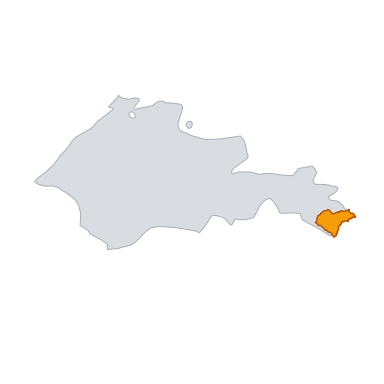 location of Meghri, Syunik, Armenia, rotated 323°
{"feature_id": "60910142B6096064570676", "entity_name": "Meghri", "entity_type": "district", "adm_level": 2, "iso_a3": "ARM", "parent_name": "Armenia", "parent_adm1": "Syunik", "projection": "mercator", "projection_center": [46.294, 38.98], "detail": "fine", "context": "in_parent", "style": "filled", "palette": "amber", "viewbox_px": 384, "rotation_deg": 323, "n_neighbors": 0, "source": "geoboundaries", "source_scale": "gbopen_adm2", "svg_char_len": 5984}
<svg xmlns="http://www.w3.org/2000/svg" viewBox="0 0 384 384"><g transform="rotate(323 192 192)"><path d="M173.5,229.0L170.9,224.7L157.7,210.8L145.5,200.1L137.1,195.6L128.7,196.1L115.6,198.2L110.7,197.3L99.3,192.7L89.8,187.1L91.1,184.8L93.1,183.1L90.7,175.9L85.4,164.2L86.0,160.5L84.3,155.5L82.4,151.6L89.9,142.5L93.3,135.1L94.1,127.9L92.1,120.4L87.2,106.9L84.1,103.0L78.5,99.3L73.8,93.3L72.6,89.0L76.6,88.1L88.2,88.0L99.4,86.6L108.3,83.8L121.0,81.4L126.3,79.3L132.4,78.3L151.1,80.5L158.0,78.8L179.0,78.5L179.6,77.6L176.7,74.7L176.8,73.6L189.2,71.8L191.2,70.4L192.8,75.0L197.5,80.1L202.6,82.1L205.4,84.9L205.5,87.0L196.4,89.6L195.8,90.9L196.4,92.2L199.1,92.8L211.8,99.1L219.1,99.3L222.9,101.2L224.8,105.0L230.9,110.1L235.7,115.2L236.0,116.9L235.1,119.4L221.6,129.2L219.9,132.5L219.6,136.1L225.6,146.7L234.3,158.2L246.9,166.9L264.3,176.4L264.6,182.3L261.8,189.2L259.4,194.0L258.4,197.2L256.2,198.5L238.9,198.2L236.3,199.3L235.2,200.7L235.1,201.9L241.3,204.0L251.0,211.4L256.6,218.6L262.5,221.7L269.0,227.5L274.2,232.8L282.4,239.7L291.4,237.4L303.6,243.6L304.1,247.7L303.3,251.5L295.7,255.5L294.7,257.2L294.7,258.6L295.7,260.6L300.2,263.9L305.5,268.8L311.4,276.1L308.8,278.3L303.2,278.6L298.9,277.7L297.4,279.2L297.5,281.6L303.1,287.2L304.2,291.3L304.0,298.3L304.3,307.2L291.1,306.6L279.9,310.8L275.7,310.0L272.9,302.4L270.5,296.3L263.4,280.6L265.3,274.2L261.3,270.4L251.7,263.7L249.3,261.0L250.6,257.2L251.6,250.2L250.6,244.5L248.1,242.8L243.3,242.7L237.5,244.1L225.8,249.6L217.6,246.1L213.0,242.6L210.3,239.6L204.2,242.1L202.7,240.9L202.4,233.6L200.5,229.7L196.9,225.1L193.5,222.9L181.0,227.4L173.5,229.0ZM192.9,97.0L193.3,94.3L192.7,91.9L190.7,91.1L188.2,91.8L188.0,94.5L188.7,97.0L191.2,98.2L192.9,97.0ZM233.0,138.3L230.1,139.9L227.4,139.2L227.4,135.1L229.4,133.4L231.6,133.5L233.8,135.0L233.0,138.3Z" fill="#d9dde1" stroke="#a8b0b8" stroke-width="1"/><path d="M306.7,300.3L304.4,300.0L304.0,299.6L302.9,299.7L302.1,299.3L299.6,296.7L296.9,296.6L297.0,295.9L294.7,295.3L292.2,294.7L291.0,293.8L290.8,292.6L290.8,291.0L290.7,289.7L290.4,288.5L289.6,287.6L288.1,287.9L287.6,287.4L285.3,286.3L283.8,286.9L282.3,286.4L281.0,287.2L279.2,286.7L278.0,286.9L276.3,288.2L274.9,289.2L274.6,290.5L272.4,290.5L272.4,290.8L272.3,291.1L272.4,291.3L272.5,291.4L272.5,291.6L272.5,291.8L272.6,292.1L272.7,292.3L272.8,292.4L272.9,292.7L272.9,292.9L272.9,293.0L272.8,293.3L273.0,293.5L272.8,293.6L272.8,294.0L272.8,294.5L272.8,294.8L272.9,295.1L273.1,295.2L273.2,295.3L273.3,295.4L273.6,295.4L273.8,295.4L274.1,295.6L274.4,295.9L274.7,296.3L274.8,296.5L274.7,296.7L274.7,296.9L274.7,297.1L274.7,297.3L274.8,297.5L274.7,297.7L274.7,297.9L274.8,298.1L274.7,298.2L274.8,298.3L274.8,298.5L274.9,298.9L274.9,299.1L274.9,299.3L275.0,299.4L275.2,299.7L275.4,299.9L275.4,300.0L275.5,300.1L275.6,300.3L275.5,300.6L275.5,301.0L275.6,301.3L275.6,301.5L275.5,301.9L275.6,302.4L275.5,302.5L275.4,302.5L275.5,302.7L275.8,302.8L276.0,302.9L276.1,303.0L276.3,303.2L276.3,303.3L276.3,303.7L276.4,303.9L276.5,303.9L276.6,304.0L276.8,304.2L276.8,304.3L276.8,304.5L276.7,304.7L276.6,304.9L276.6,305.0L276.6,305.4L276.8,305.7L276.8,305.8L276.7,306.1L276.8,306.1L276.9,306.3L277.0,306.4L277.2,306.5L277.3,306.5L277.5,306.6L277.7,306.8L277.8,307.0L278.0,307.4L278.1,307.5L278.2,307.8L278.4,308.4L278.4,308.5L278.5,308.8L278.5,309.0L278.4,309.2L278.5,309.3L278.4,309.4L278.4,309.5L278.2,310.0L278.1,310.5L278.2,310.8L278.1,311.0L278.1,311.5L278.1,311.9L278.3,312.3L278.3,312.5L278.2,312.6L278.1,312.8L278.0,313.0L278.1,313.4L278.3,313.5L278.6,313.4L278.8,313.4L279.1,313.5L279.3,313.5L279.5,313.5L279.6,313.4L279.8,313.4L280.0,313.4L280.1,313.5L280.8,313.6L281.0,313.6L281.3,313.4L281.6,313.0L281.7,312.8L281.8,312.5L281.9,312.4L282.0,312.4L282.3,312.5L282.5,312.5L282.9,312.4L283.1,312.3L283.2,312.2L283.3,312.1L283.4,311.9L283.5,311.8L283.5,311.7L283.5,311.4L283.7,311.2L284.3,311.1L284.6,311.0L284.8,310.9L285.2,310.7L285.3,310.6L285.5,310.5L285.9,310.4L286.0,310.2L286.1,309.9L286.3,309.8L286.4,309.7L286.6,309.6L286.9,309.3L287.1,309.3L287.2,309.1L287.3,309.1L287.3,308.9L287.3,308.7L287.6,308.5L287.6,308.4L287.9,308.2L288.1,308.2L288.3,308.0L288.3,307.9L288.5,307.8L288.8,307.7L289.1,307.7L289.4,307.7L289.6,307.7L289.8,307.7L290.0,307.4L290.1,307.2L290.3,307.2L290.4,307.4L290.5,307.5L290.8,307.6L291.0,307.7L291.3,307.6L291.5,307.5L291.6,307.4L291.8,307.2L292.0,307.0L292.3,306.9L292.6,306.8L292.6,306.7L292.6,306.4L292.9,306.2L293.1,306.2L293.3,306.2L293.6,306.2L293.9,306.2L294.1,306.2L294.2,306.3L294.3,306.3L294.5,306.3L294.6,306.2L294.8,306.3L295.0,306.5L295.1,306.8L295.3,306.9L295.5,307.0L295.9,307.1L296.0,307.1L296.5,307.2L296.6,307.3L297.0,307.4L297.2,307.5L297.3,307.6L297.6,307.8L297.9,308.0L298.0,308.2L298.1,308.3L298.3,308.5L298.5,308.4L298.7,308.5L298.7,308.8L298.8,309.2L298.9,309.3L299.0,309.4L299.1,309.5L299.2,309.4L299.3,309.2L299.5,308.9L299.5,308.7L299.9,308.5L299.9,308.4L300.1,308.3L300.3,308.3L300.5,308.3L300.6,308.2L300.8,308.0L301.0,308.0L301.3,308.1L301.5,307.9L301.7,308.0L301.8,308.0L301.9,308.3L302.1,308.4L302.2,308.5L302.3,308.7L302.4,308.8L302.5,308.9L303.0,308.8L303.3,308.9L303.6,309.0L303.9,309.2L304.0,309.2L304.3,308.9L304.6,308.8L304.8,308.8L305.0,308.9L305.3,309.1L305.6,309.2L305.9,309.0L306.1,308.9L306.3,308.9L306.5,308.8L306.8,308.8L306.9,309.0L306.9,309.3L306.8,309.5L306.8,309.8L306.9,310.2L307.0,310.3L307.1,310.5L307.3,310.7L307.5,310.9L307.6,311.0L307.5,310.7L307.6,310.2L307.7,309.9L307.7,309.6L307.6,309.3L307.6,309.2L307.6,308.8L307.6,308.6L307.5,308.4L307.6,308.2L307.8,308.1L307.9,307.8L307.8,307.7L307.9,307.3L307.8,307.1L307.8,306.9L307.7,306.6L307.7,306.4L307.6,306.2L307.4,305.8L307.3,305.6L307.2,305.4L306.9,305.2L306.6,305.1L306.5,304.9L306.3,304.6L306.2,304.4L305.9,304.0L305.9,303.8L305.8,303.5L305.7,303.4L305.7,303.2L305.6,302.9L305.7,302.6L305.7,302.3L305.7,302.1L305.7,301.8L305.9,301.7L306.3,301.6L306.4,301.4L306.5,301.2L306.8,301.0L306.9,300.9L306.8,300.6L306.8,300.4L306.7,300.3Z" fill="#f59e0b" stroke="#b45309" stroke-width="1.5"/></g></svg>